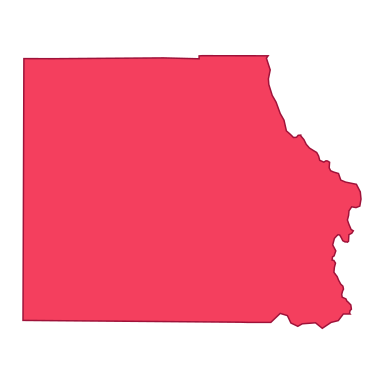 Eagle, Colorado, United States of America
{"feature_id": "52423323B31771107435040", "entity_name": "Eagle", "entity_type": "district", "adm_level": 2, "iso_a3": "USA", "parent_name": "United States of America", "parent_adm1": "Colorado", "projection": "equal_earth", "projection_center": [-106.318, 39.637], "detail": "fine", "context": "isolated", "style": "filled", "palette": "rose", "viewbox_px": 384, "rotation_deg": 0, "n_neighbors": 0, "source": "geoboundaries", "source_scale": "gbopen_adm2", "svg_char_len": 1376}
<svg xmlns="http://www.w3.org/2000/svg" viewBox="0 0 384 384"><path d="M199.1,55.9L199.1,58.8L163.6,57.9L52.6,58.7L23.9,58.6L23.0,320.4L241.0,322.2L248.2,322.4L270.8,322.4L280.2,313.4L287.4,315.6L290.9,323.0L297.8,326.3L302.3,323.8L315.5,322.8L322.3,328.3L331.1,322.4L338.3,320.6L343.3,314.0L350.1,314.0L349.5,313.2L350.1,310.5L351.4,309.2L350.8,304.9L347.9,301.9L346.9,301.1L345.9,298.9L342.2,297.2L341.7,294.4L342.6,291.0L343.5,289.1L342.9,286.2L340.7,284.1L338.6,280.2L337.2,276.7L333.9,272.3L334.4,267.3L335.5,263.1L333.8,260.4L332.1,260.1L332.5,256.9L334.1,255.9L335.8,250.9L332.7,244.9L334.4,238.4L336.5,236.1L338.0,234.7L339.7,235.0L341.3,237.7L342.8,240.7L345.0,241.9L346.7,241.9L347.3,242.2L348.5,241.3L348.6,239.7L348.9,234.7L351.8,233.2L353.3,230.8L351.1,229.5L348.9,224.3L347.4,220.0L348.6,215.4L349.0,210.8L351.7,206.8L356.0,207.6L359.8,206.1L361.0,199.1L360.3,191.9L356.4,184.3L345.6,182.1L340.8,180.1L338.5,173.5L333.5,172.0L330.6,170.7L329.2,167.9L329.4,164.7L329.6,162.3L327.6,161.0L326.0,160.8L323.8,162.1L319.7,160.3L318.6,156.0L316.7,152.5L313.2,150.4L309.4,148.0L306.2,144.3L303.9,139.6L300.9,136.0L300.8,135.1L298.2,135.3L296.5,137.3L293.5,137.5L290.5,134.5L286.4,130.9L284.0,120.2L280.2,113.5L276.1,102.2L272.2,95.4L268.8,84.5L268.4,78.9L270.2,69.9L266.4,58.2L268.1,55.8L202.0,55.7L199.1,55.9Z" fill="#f43f5e" stroke="#9f1239" stroke-width="1.5"/></svg>